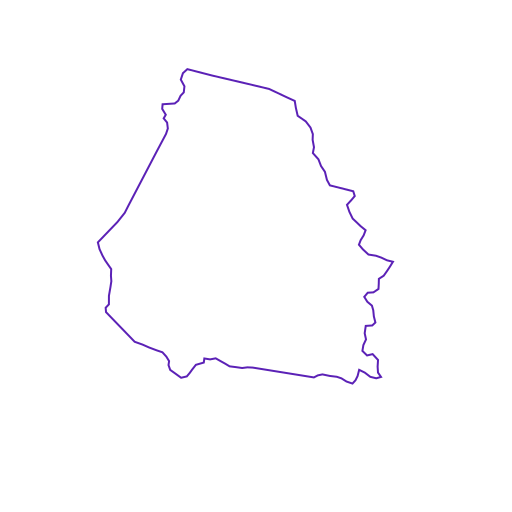 the district of Alagoa Grande, Paraíba, Brazil, rotated 130°
{"feature_id": "56859067B59580125040943", "entity_name": "Alagoa Grande", "entity_type": "district", "adm_level": 2, "iso_a3": "BRA", "parent_name": "Brazil", "parent_adm1": "Paraíba", "projection": "equal_earth", "projection_center": [-35.603, -7.048], "detail": "fine", "context": "isolated", "style": "outline", "palette": "violet", "viewbox_px": 512, "rotation_deg": 130, "n_neighbors": 0, "source": "geoboundaries", "source_scale": "gbopen_adm2", "svg_char_len": 1778}
<svg xmlns="http://www.w3.org/2000/svg" viewBox="0 0 512 512"><g transform="rotate(130 256 256)"><path d="M371.2,227.5L367.7,229.7L364.7,224.7L360.3,221.1L359.3,215.6L358.3,210.4L357.5,205.3L354.0,199.9L350.7,194.6L346.8,191.0L343.6,186.8L311.8,133.6L307.7,131.9L304.0,129.0L300.4,122.3L296.6,116.5L294.8,111.9L294.0,106.0L291.7,100.1L287.3,99.9L282.7,101.0L276.9,103.8L275.4,97.7L275.1,90.8L272.4,85.3L268.3,82.5L266.9,87.6L262.6,91.7L257.2,95.7L256.2,103.6L260.8,107.0L260.3,113.5L255.2,116.5L249.2,118.1L245.3,123.1L239.0,127.0L234.5,122.3L230.2,121.8L226.5,126.9L222.2,131.3L219.5,135.3L219.5,141.3L217.7,146.8L212.3,146.8L208.4,142.7L202.5,141.0L198.5,144.0L194.5,147.2L189.0,145.5L183.0,146.0L177.8,146.6L172.4,147.4L175.1,152.9L176.7,159.0L178.7,164.3L182.6,170.8L182.2,178.4L181.2,184.4L176.6,186.0L171.0,186.8L165.8,188.6L165.9,195.1L165.5,200.9L165.2,206.0L162.1,212.9L158.3,219.2L151.9,218.9L146.6,218.9L143.9,223.1L154.4,244.8L152.1,250.6L147.2,257.3L145.3,264.0L141.8,270.3L140.6,278.6L135.4,281.5L130.6,287.3L126.1,290.8L122.6,296.8L120.9,304.4L121.8,314.2L116.8,320.8L112.3,326.0L114.6,334.3L119.6,353.3L129.3,372.7L145.9,405.5L157.0,428.7L162.9,429.5L169.2,427.0L172.0,419.9L177.1,416.5L181.6,416.8L187.0,415.4L191.4,416.3L199.8,425.1L203.6,422.4L205.8,415.9L209.9,415.2L210.9,409.9L215.0,405.5L220.3,403.4L240.0,399.2L299.1,386.2L307.3,384.3L319.1,384.0L347.2,385.9L351.3,380.3L354.3,374.0L356.3,368.8L357.6,364.1L359.1,358.5L364.4,354.4L368.3,350.6L373.4,347.5L381.0,343.1L387.6,337.6L392.3,337.9L395.4,334.8L399.7,293.8L396.8,286.0L394.8,279.1L392.1,271.4L389.9,265.8L390.7,260.0L392.4,255.0L395.8,252.9L398.4,248.5L397.9,242.1L397.4,235.1L392.7,231.6L388.1,231.6L384.1,231.9L378.0,232.1L371.2,227.5Z" fill="none" stroke="#5b21b6" stroke-width="2"/></g></svg>